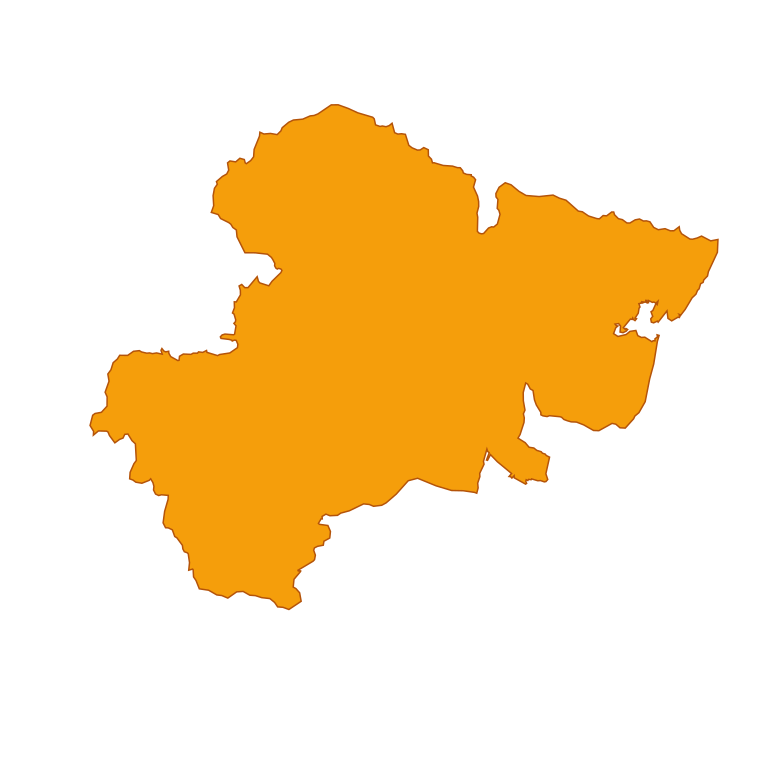 outline of Viisoara, Mures, Romania, rotated 112°
{"feature_id": "2599482B3692872469981", "entity_name": "Viisoara", "entity_type": "district", "adm_level": 2, "iso_a3": "ROU", "parent_name": "Romania", "parent_adm1": "Mures", "projection": "equal_earth", "projection_center": [24.576, 46.301], "detail": "fine", "context": "isolated", "style": "filled", "palette": "amber", "viewbox_px": 768, "rotation_deg": 112, "n_neighbors": 0, "source": "geoboundaries", "source_scale": "gbopen_adm2", "svg_char_len": 6171}
<svg xmlns="http://www.w3.org/2000/svg" viewBox="0 0 768 768"><g transform="rotate(112 384 384)"><path d="M447.5,628.5L453.5,632.4L456.4,639.8L460.8,640.6L465.7,643.1L473.1,642.5L478.2,643.8L484.4,640.0L496.1,639.5L499.6,635.9L508.3,632.5L516.1,635.4L519.6,640.9L522.1,642.4L532.6,641.0L536.7,635.5L540.3,634.3L534.5,631.2L531.6,623.4L532.0,621.8L534.6,619.3L539.4,611.5L534.4,608.4L531.9,605.7L527.8,605.5L526.3,602.7L530.9,596.5L532.6,592.1L547.7,585.0L551.6,586.0L561.0,586.3L567.2,584.3L567.1,580.9L568.0,577.3L566.7,571.3L561.3,565.6L559.3,564.8L562.0,561.3L565.1,559.0L568.6,558.0L571.6,554.6L571.8,551.1L570.1,548.9L568.1,542.3L571.7,541.0L584.2,539.7L595.5,536.8L599.1,532.7L598.2,530.1L598.5,525.6L603.8,520.9L604.2,518.4L609.1,510.5L612.3,508.7L614.3,506.3L614.2,503.0L614.8,501.9L622.5,497.4L629.8,495.3L627.3,492.1L627.7,491.4L634.2,488.3L636.6,484.7L643.1,478.5L640.9,469.4L642.2,460.0L640.9,455.2L641.0,448.6L631.9,442.7L629.1,436.9L630.1,429.3L628.4,424.0L627.9,417.4L625.7,409.4L627.5,403.6L630.5,399.1L628.9,394.0L628.7,387.7L616.5,379.4L609.2,384.0L606.7,389.0L606.3,392.1L598.8,394.3L589.0,391.1L588.5,391.3L589.4,393.5L588.9,394.0L574.9,383.4L572.9,382.6L568.4,383.5L564.5,386.9L562.0,387.1L559.4,384.8L556.2,379.9L552.3,380.8L547.1,376.6L540.8,378.4L536.2,383.0L538.3,391.3L537.8,392.6L532.6,391.8L532.2,390.7L530.0,391.8L526.4,389.1L526.4,384.8L523.2,377.9L519.9,375.7L514.6,368.7L502.8,358.0L501.2,352.5L501.3,347.9L497.3,340.7L493.4,337.5L481.5,331.4L464.6,325.3L458.8,317.5L458.9,297.5L457.4,281.4L453.3,270.6L450.6,259.6L450.5,257.1L445.1,257.8L440.8,260.0L434.0,260.4L431.0,261.8L420.9,261.2L418.5,262.8L405.8,264.2L407.7,262.6L408.3,260.7L416.1,260.5L416.0,259.4L409.6,258.8L413.6,249.8L419.2,232.2L422.9,233.4L422.5,231.9L423.3,230.2L420.3,229.0L422.2,228.1L423.8,215.2L422.7,214.5L421.3,216.0L419.5,216.3L419.6,214.5L418.3,214.2L417.6,211.7L416.7,211.6L416.1,205.2L414.9,202.7L414.7,198.7L413.8,197.3L411.2,196.4L406.6,200.3L389.8,203.1L389.5,206.8L388.6,208.2L388.8,211.2L387.9,212.9L388.3,217.5L387.2,221.1L388.3,225.8L385.5,231.1L384.0,239.5L379.9,238.9L367.2,239.8L362.9,241.2L359.4,243.6L355.4,243.5L347.4,248.5L339.8,251.7L330.0,253.0L330.3,250.7L333.8,246.5L334.2,243.4L342.4,238.5L346.4,234.9L351.5,228.0L353.8,227.0L354.0,224.7L353.1,220.6L351.4,218.7L348.4,208.5L348.3,206.9L349.5,203.9L349.4,200.3L349.0,196.3L347.2,191.3L347.1,183.6L348.6,172.3L346.8,167.3L335.1,157.8L334.4,154.0L336.2,148.8L334.5,143.8L322.7,139.5L319.8,139.4L315.1,136.9L302.6,135.2L279.7,139.6L264.5,141.4L242.0,146.5L235.9,147.1L236.1,149.2L237.9,148.1L240.6,149.7L242.4,148.9L243.0,150.6L244.4,151.5L242.9,159.7L244.4,162.8L244.1,166.8L240.0,170.5L243.1,175.7L247.4,178.0L252.3,184.9L251.3,190.0L245.1,190.2L242.6,188.9L242.9,190.5L241.9,192.2L240.1,189.1L241.6,186.4L247.4,184.6L246.9,181.6L244.2,179.2L242.2,178.5L241.9,180.5L242.9,180.8L242.2,183.2L231.5,179.9L231.2,178.2L229.7,178.1L230.7,177.2L231.2,175.0L228.9,174.3L228.9,175.9L223.1,174.8L218.2,175.9L216.7,175.5L214.0,177.8L213.0,176.2L211.5,175.9L212.3,175.0L211.2,173.8L210.8,174.4L210.1,172.0L208.4,172.6L208.1,171.6L210.3,170.3L209.5,169.2L207.5,170.0L207.8,165.7L206.9,164.5L207.2,162.2L204.6,161.0L208.1,160.4L207.6,162.0L215.2,162.3L217.0,163.5L220.6,160.2L223.7,161.1L226.5,159.3L226.3,156.9L223.3,154.1L224.0,153.0L210.2,149.0L216.8,145.3L217.7,140.9L212.0,136.5L211.7,135.0L210.5,135.2L209.9,136.3L210.0,134.3L208.9,136.2L208.8,134.6L202.1,132.7L188.7,130.6L183.9,128.4L179.8,128.4L177.8,127.5L172.4,128.0L170.3,126.2L167.7,126.5L162.7,124.5L158.3,125.3L137.0,124.2L124.9,128.5L128.9,134.7L127.9,145.0L131.3,148.3L134.2,152.2L135.0,154.7L133.2,164.4L130.7,167.4L127.6,169.2L133.3,172.6L134.7,175.9L134.7,181.6L138.2,187.5L137.8,192.6L134.0,198.2L134.4,201.7L135.7,204.5L135.3,208.9L137.7,212.6L142.6,216.3L143.7,219.1L142.3,224.5L142.9,228.6L140.7,233.7L138.5,235.4L139.2,237.3L144.7,240.6L145.7,243.9L150.2,246.2L150.9,248.6L151.6,257.3L150.0,264.6L150.9,268.6L145.4,284.1L146.0,290.9L145.5,298.0L152.1,310.4L156.0,322.9L154.8,331.1L151.7,340.8L152.0,347.0L158.5,351.0L165.5,351.6L168.6,350.2L170.2,347.5L178.8,344.8L179.9,342.6L183.2,340.0L193.2,338.8L197.4,341.1L197.9,343.1L200.2,345.5L207.1,348.0L208.2,349.7L208.5,352.3L207.5,354.6L194.2,359.6L190.8,361.8L183.9,362.7L179.4,364.6L174.7,367.7L167.9,374.8L160.3,375.6L158.7,378.4L158.4,381.1L157.3,381.5L158.7,385.9L158.6,389.5L156.8,390.9L154.9,394.3L155.9,397.0L156.3,402.1L159.2,411.0L160.1,420.4L160.8,421.9L157.8,424.2L156.0,428.2L150.2,430.7L149.9,435.7L153.4,438.1L154.6,440.6L154.5,446.4L153.4,450.4L144.5,457.7L145.4,461.5L147.1,464.8L147.0,468.3L139.2,474.2L142.5,476.0L144.7,478.5L145.4,482.2L146.7,484.2L146.9,488.9L141.8,492.4L140.9,494.4L142.4,510.1L141.9,520.3L142.3,531.1L145.0,537.5L158.3,546.4L161.2,549.4L163.1,552.9L168.9,558.6L173.2,566.9L177.0,570.4L184.5,574.4L187.9,574.4L192.8,576.5L194.2,583.1L197.2,589.0L197.0,593.4L200.8,592.3L215.1,592.3L222.2,590.0L226.8,591.3L231.3,594.2L231.0,595.5L228.2,597.6L228.7,602.2L233.6,604.7L234.9,610.4L237.6,611.9L243.9,608.1L248.2,608.5L252.1,611.6L259.1,615.2L261.2,613.4L266.1,614.5L273.4,613.0L282.5,608.7L289.6,608.4L289.0,601.2L291.8,597.5L292.5,588.5L293.2,585.9L295.5,582.8L296.5,578.6L302.6,575.4L314.4,562.1L310.6,552.5L307.3,540.7L308.8,535.8L310.3,533.7L313.1,530.4L315.4,529.7L317.1,527.6L317.4,526.0L316.3,525.1L316.0,522.8L316.9,521.2L319.3,521.3L330.7,526.3L336.1,527.6L336.8,537.0L335.8,538.9L332.0,541.8L345.6,546.2L346.8,549.2L345.0,553.2L347.4,555.1L350.9,552.3L355.1,550.5L363.2,551.7L363.9,553.6L369.4,551.2L374.9,551.1L375.4,549.2L380.1,545.5L382.0,545.1L384.0,545.9L385.5,543.0L393.8,541.2L394.7,541.9L397.3,550.2L399.2,552.5L401.6,553.4L402.8,552.2L400.7,544.3L400.4,541.4L401.0,540.8L399.3,539.1L398.9,537.4L401.9,534.4L405.2,533.5L413.0,538.6L418.2,547.4L420.0,548.9L421.0,560.0L419.4,561.1L422.6,563.9L423.7,568.0L425.3,568.5L426.9,572.5L428.8,574.0L431.4,581.3L434.9,584.0L438.8,582.9L439.5,583.9L438.5,592.0L436.1,595.0L434.3,595.9L436.0,598.5L435.9,600.4L434.3,603.2L436.3,603.4L439.4,600.8L440.4,606.5L442.6,610.1L443.0,613.0L444.3,615.5L445.1,620.8L444.7,623.3L447.5,628.5Z" fill="#f59e0b" stroke="#b45309" stroke-width="1.5"/></g></svg>